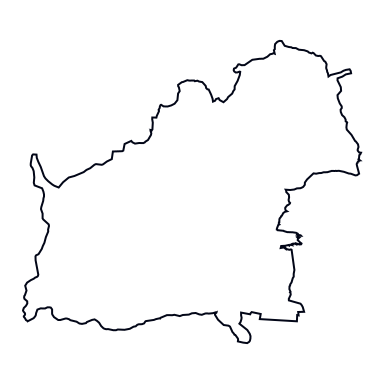 outline of Burjuc, Hunedoara, Romania
{"feature_id": "2599482B33280510727710", "entity_name": "Burjuc", "entity_type": "district", "adm_level": 2, "iso_a3": "ROU", "parent_name": "Romania", "parent_adm1": "Hunedoara", "projection": "equal_earth", "projection_center": [22.496, 45.972], "detail": "fine", "context": "isolated", "style": "outline", "palette": "ink", "viewbox_px": 384, "rotation_deg": 0, "n_neighbors": 0, "source": "geoboundaries", "source_scale": "gbopen_adm2", "svg_char_len": 5919}
<svg xmlns="http://www.w3.org/2000/svg" viewBox="0 0 384 384"><path d="M259.8,319.1L296.9,321.3L297.2,315.1L298.6,315.4L298.2,312.0L304.1,311.8L302.8,307.2L301.8,305.3L300.5,303.7L288.9,300.4L288.8,298.9L290.7,294.7L290.5,292.8L290.0,292.3L290.5,291.7L289.4,289.2L289.5,286.3L290.1,285.7L290.2,284.4L291.5,282.5L292.8,278.1L293.7,276.7L293.7,273.8L294.4,270.0L291.6,249.8L290.9,249.4L289.3,249.8L287.2,249.2L286.5,249.5L285.3,248.6L285.9,248.4L284.5,246.9L283.6,247.1L283.5,247.5L280.7,248.0L281.2,246.0L285.1,245.8L288.6,245.0L289.3,245.7L290.2,244.7L291.9,245.1L291.5,244.5L291.7,244.1L292.8,243.7L293.6,244.1L293.8,243.6L294.9,243.6L296.7,244.6L297.0,244.5L296.8,244.2L297.7,244.2L297.4,243.8L299.6,244.5L301.1,244.3L301.4,243.8L300.0,243.1L300.1,242.9L301.8,243.6L300.4,242.7L297.7,240.1L297.9,238.9L298.9,238.0L298.4,238.0L298.5,237.6L297.8,237.1L297.4,237.4L297.1,237.1L297.9,236.8L297.7,235.9L301.1,235.8L300.6,235.3L296.9,234.7L297.6,233.6L296.1,232.8L292.7,232.3L287.2,232.1L283.9,231.1L283.6,230.8L277.6,230.2L277.4,229.7L276.8,229.5L276.9,228.5L278.3,224.9L279.3,224.5L278.8,224.0L278.8,223.3L278.9,222.4L279.3,222.3L279.4,219.2L279.8,218.2L280.7,217.3L281.1,216.2L281.8,215.8L283.3,213.0L285.0,211.8L287.0,211.3L285.9,210.6L285.4,209.7L285.2,208.4L285.3,207.6L287.3,205.2L288.3,204.9L289.9,203.5L290.1,202.9L289.0,201.7L288.6,200.0L289.1,197.2L288.8,194.7L286.3,192.1L286.2,190.7L285.7,189.7L290.2,190.0L294.3,189.5L296.9,188.4L300.5,188.2L302.3,187.4L303.2,186.9L304.8,184.8L304.9,182.5L307.1,179.4L313.5,173.4L316.2,173.7L319.0,173.1L321.3,173.0L323.5,172.3L327.3,172.2L331.8,170.9L334.9,171.0L335.8,170.8L336.5,171.0L338.9,170.8L343.9,171.8L348.8,173.5L350.8,173.7L355.4,175.4L357.0,175.2L359.1,173.7L357.0,165.8L356.7,164.1L357.0,163.2L357.6,162.8L357.6,162.2L358.0,161.6L358.7,161.4L358.7,160.5L360.0,160.4L358.5,159.2L359.0,158.4L359.3,155.1L360.2,154.4L361.0,152.7L359.2,152.5L357.7,150.6L357.7,149.5L358.5,147.0L358.0,144.3L355.8,141.4L355.1,141.0L351.5,134.9L346.8,129.6L346.4,127.4L346.8,123.6L347.2,122.6L347.0,122.2L345.7,121.4L345.6,119.5L344.4,117.2L342.1,115.1L340.8,112.0L340.6,109.7L341.8,108.0L341.7,106.3L339.8,103.5L337.8,98.3L337.5,95.1L341.1,90.9L340.8,87.1L337.5,80.4L337.6,78.3L342.4,76.6L345.8,74.4L351.1,73.3L350.7,71.0L349.6,69.3L345.9,69.9L343.4,70.8L340.8,72.4L330.6,75.0L328.5,76.5L327.9,73.2L327.2,71.9L327.0,70.3L326.3,68.6L326.2,67.4L326.6,64.2L325.3,61.7L324.1,61.0L321.0,56.2L320.0,55.8L318.2,56.0L315.9,55.5L313.6,53.1L312.7,52.7L311.5,53.4L308.9,52.5L307.7,51.4L304.1,50.2L298.9,49.7L295.9,48.1L292.5,48.0L291.4,47.3L288.8,47.0L284.7,45.8L281.7,41.0L279.4,40.9L277.3,41.8L275.1,44.1L274.8,46.3L274.8,49.2L273.9,50.2L274.7,53.7L273.4,53.2L272.0,53.9L270.2,54.2L267.4,56.7L263.4,58.7L259.6,58.8L252.3,59.8L244.6,65.1L241.6,65.2L239.3,64.3L238.3,64.4L236.2,67.6L234.0,68.6L233.7,70.2L234.2,71.4L235.7,72.5L237.4,72.4L239.7,71.6L240.2,71.8L239.8,75.0L237.6,80.9L234.7,86.1L234.6,89.4L233.3,91.1L232.2,93.6L228.1,97.1L227.1,99.0L223.5,102.2L219.7,100.1L218.6,98.2L216.0,99.1L215.1,100.7L213.0,101.6L212.6,98.8L211.1,94.6L208.7,89.5L207.4,89.3L206.2,88.1L205.7,85.9L202.3,82.1L199.0,81.5L197.5,80.7L194.8,81.2L194.1,80.5L189.3,80.6L187.3,80.2L183.0,82.0L181.8,82.2L178.1,84.9L178.2,86.3L178.9,87.3L179.7,91.1L178.1,93.5L177.4,100.2L174.6,103.7L171.3,105.4L167.6,106.5L163.6,106.4L161.1,104.8L160.6,105.0L159.9,106.3L159.7,107.9L158.6,109.9L159.0,110.9L158.9,111.4L156.8,115.9L156.4,117.6L152.3,117.5L152.2,119.2L152.8,122.6L152.4,129.5L151.9,130.1L151.1,130.0L151.6,130.6L151.4,131.0L150.6,131.1L151.3,133.2L151.0,134.9L148.0,140.0L145.3,141.7L144.8,142.4L143.3,143.1L139.1,143.0L135.0,143.6L132.4,142.3L131.3,140.9L124.6,144.0L123.3,150.6L122.2,151.2L112.9,151.5L111.8,159.1L106.9,161.5L103.1,164.3L101.8,164.8L96.0,164.1L94.5,164.7L90.2,168.2L86.5,169.9L83.7,172.1L74.4,176.0L68.8,177.5L63.1,182.2L58.7,187.5L54.4,185.8L52.3,184.5L48.2,181.2L45.5,178.5L44.0,176.2L40.7,166.8L38.4,162.0L36.8,157.9L36.5,154.6L33.1,154.4L32.1,155.5L30.8,163.1L30.7,165.1L31.1,166.3L32.4,167.9L33.2,169.8L33.7,171.2L34.3,177.5L33.8,182.8L34.0,183.5L34.6,185.4L42.1,188.3L43.4,191.6L44.0,194.4L44.0,196.6L43.5,198.2L43.2,200.9L41.3,207.1L41.0,209.1L42.6,213.6L42.6,218.4L43.3,219.5L48.7,224.4L49.0,226.0L48.1,229.5L48.2,231.6L45.9,237.1L44.4,242.8L42.8,246.1L41.8,248.9L38.5,254.2L36.1,255.3L35.5,256.3L35.6,260.3L38.3,274.7L37.9,276.0L37.3,276.7L35.0,277.7L33.8,278.7L30.9,280.1L27.1,282.6L25.2,285.7L26.5,290.6L24.9,295.2L24.3,296.0L24.1,297.4L24.4,298.8L27.2,301.3L27.3,303.5L26.0,305.8L23.8,308.0L23.0,310.4L23.4,311.4L24.9,313.2L25.1,314.1L24.9,314.9L23.8,316.3L23.9,316.9L25.0,318.2L26.0,320.1L27.3,320.8L27.6,321.3L33.6,318.2L35.2,316.3L35.8,315.1L36.1,313.2L37.4,309.6L40.6,308.4L45.0,308.5L47.5,307.3L49.3,307.3L50.8,307.6L52.1,309.4L52.1,313.5L52.3,314.5L54.0,317.1L58.2,320.0L60.3,320.0L65.6,318.5L66.7,318.5L69.0,319.2L70.4,320.2L76.6,321.7L79.4,323.5L82.0,323.9L86.0,323.1L86.8,322.1L87.7,321.7L92.1,319.9L94.6,319.4L96.9,320.8L99.1,322.7L101.2,326.1L103.4,328.2L104.3,328.7L106.1,329.2L108.2,329.1L113.3,330.2L116.0,330.2L117.8,329.5L124.5,329.8L129.8,328.8L133.5,326.7L135.7,326.3L137.3,324.8L138.7,324.3L141.9,324.2L144.1,323.4L145.3,321.5L145.9,321.1L154.0,319.9L156.0,319.1L159.2,318.4L160.2,318.5L160.5,317.8L167.0,315.1L172.3,315.2L174.4,314.8L179.8,316.1L182.8,315.0L188.9,314.6L191.9,313.3L195.7,313.0L199.3,314.4L201.8,314.8L205.3,313.5L207.0,313.4L208.8,313.6L212.8,313.2L215.1,312.5L215.1,312.8L215.4,312.8L216.5,312.3L216.4,312.7L215.0,313.9L215.0,314.8L218.0,319.7L223.7,325.0L228.6,325.7L230.0,326.6L232.5,332.1L233.8,333.5L234.5,334.8L235.3,334.9L237.8,338.4L238.1,339.1L237.9,341.4L243.1,342.6L247.2,343.1L249.1,341.9L249.9,340.8L250.4,338.6L250.5,336.1L249.7,333.7L247.3,330.0L239.4,323.7L240.6,321.9L241.4,319.2L241.6,317.7L241.1,315.4L241.1,312.6L250.2,314.3L250.6,313.2L251.7,312.1L260.7,314.0L259.8,319.1Z" fill="none" stroke="#020617" stroke-width="2"/></svg>